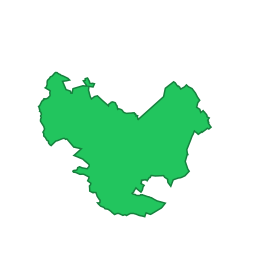 outline of Dikļu pag., Kocenu, Latvia, rotated 148°
{"feature_id": "27541924B58624620212136", "entity_name": "Dikļu pag.", "entity_type": "district", "adm_level": 2, "iso_a3": "LVA", "parent_name": "Latvia", "parent_adm1": "Kocenu", "projection": "orthographic", "projection_center": [25.062, 57.572], "detail": "fine", "context": "isolated", "style": "filled", "palette": "green", "viewbox_px": 256, "rotation_deg": 148, "n_neighbors": 0, "source": "geoboundaries", "source_scale": "gbopen_adm2", "svg_char_len": 5648}
<svg xmlns="http://www.w3.org/2000/svg" viewBox="0 0 256 256"><g transform="rotate(148 128 128)"><path d="M162.2,45.4L160.8,43.9L159.4,45.1L157.6,46.4L154.8,42.9L153.5,42.7L142.2,42.5L140.9,42.8L136.2,44.5L142.0,50.8L143.8,53.9L145.0,56.3L145.4,56.8L145.9,57.2L146.7,58.5L147.3,58.9L150.3,62.6L150.8,63.1L151.1,63.7L151.6,64.0L152.0,64.1L152.6,64.7L153.8,64.5L156.4,66.2L156.8,66.8L157.0,67.6L158.7,69.2L159.1,70.5L156.9,70.8L156.5,71.3L153.0,73.0L152.7,71.6L151.0,66.7L148.6,67.9L146.4,70.1L144.7,70.8L146.4,74.1L145.0,75.2L145.0,75.6L144.8,75.7L144.2,76.5L143.9,76.1L143.0,76.1L142.8,75.9L142.5,75.6L141.8,75.6L141.6,75.3L141.5,75.2L140.7,75.0L140.7,74.8L140.5,74.6L140.5,74.4L140.4,74.3L139.8,74.1L139.5,73.7L139.6,73.2L136.1,74.7L135.4,74.3L133.5,75.5L130.2,72.8L123.1,68.8L123.0,66.8L121.5,63.4L121.9,63.1L123.0,60.6L122.6,55.9L117.1,60.1L111.8,58.9L109.8,58.0L108.4,57.7L104.9,57.3L99.0,58.9L99.1,61.3L97.2,69.3L91.9,74.1L91.4,73.7L91.3,73.8L91.8,74.2L91.7,74.3L91.4,74.2L90.9,75.6L89.6,78.5L80.9,84.9L79.4,86.1L77.6,87.4L76.1,88.2L73.3,90.3L73.2,90.3L73.2,89.7L72.6,88.3L72.3,87.5L71.8,85.4L69.9,85.5L67.5,85.8L67.5,85.1L63.2,85.4L60.9,85.7L60.0,84.3L57.8,84.6L57.1,84.7L57.3,86.3L57.2,89.8L56.5,90.0L56.5,92.0L55.9,92.1L55.9,92.6L53.8,93.5L55.0,95.5L54.9,95.9L54.4,96.7L54.3,98.1L54.6,99.2L54.7,101.1L55.1,101.7L55.1,102.9L57.5,102.6L58.1,102.6L57.2,105.8L58.8,109.2L55.4,112.5L52.5,113.5L52.7,117.5L52.3,121.8L52.8,127.5L55.0,131.1L55.6,133.6L58.2,132.9L62.7,133.1L62.7,134.0L62.5,135.1L62.8,135.9L62.9,136.7L63.6,136.7L63.9,138.2L64.0,141.2L64.8,143.0L75.3,141.9L81.2,135.7L114.9,129.8L115.0,130.0L114.2,132.1L114.0,132.7L114.0,132.9L114.0,133.1L113.6,133.3L114.2,133.6L114.3,133.8L114.5,133.9L114.1,134.1L114.3,134.3L114.3,134.7L114.4,134.9L114.3,135.3L114.5,135.4L114.5,135.5L114.4,135.6L114.6,135.8L114.8,136.3L114.7,136.5L114.4,136.5L114.6,137.1L114.6,137.5L115.9,138.3L117.5,139.0L118.5,139.6L121.5,141.2L122.0,141.7L122.6,142.5L123.4,143.8L123.4,144.1L123.5,144.5L123.5,146.0L123.6,146.3L124.2,147.5L125.3,148.8L125.7,149.2L126.1,149.3L126.6,149.2L126.8,149.2L126.8,149.3L126.7,149.8L126.5,150.3L126.3,150.5L126.1,151.1L125.9,152.0L125.7,152.3L125.6,152.5L125.6,153.2L125.8,153.8L125.5,155.2L125.4,155.7L125.5,156.3L125.8,156.7L125.9,156.8L126.2,157.1L126.3,157.2L126.8,157.9L127.3,158.2L127.4,158.4L127.8,158.4L128.5,158.8L129.3,158.4L129.9,158.5L130.0,158.4L130.3,158.4L130.9,158.5L131.7,158.3L132.5,157.9L132.7,157.2L132.8,157.1L135.1,164.8L136.9,171.5L139.8,172.4L143.6,172.0L143.5,172.8L143.5,174.3L142.5,177.7L142.0,179.1L141.5,180.9L139.1,184.0L135.9,181.3L133.0,183.3L134.4,184.7L135.0,184.8L135.4,185.1L135.8,185.5L136.5,186.0L136.6,186.8L136.0,188.0L136.0,189.0L135.8,191.2L135.9,191.9L138.2,192.5L139.0,191.1L140.9,191.7L140.7,188.0L140.6,186.8L140.6,185.4L142.4,186.5L143.8,187.7L153.8,190.5L157.0,187.1L158.0,187.8L157.3,189.7L157.7,190.3L160.2,193.4L159.0,200.9L158.8,202.2L156.1,201.1L155.3,200.7L152.1,199.6L152.4,200.8L152.5,201.4L152.6,201.9L152.9,202.3L153.1,202.7L155.4,206.4L156.4,207.7L156.8,208.0L157.1,209.2L157.9,210.3L158.5,211.5L158.8,212.6L160.1,213.5L160.3,213.5L161.4,213.3L164.6,212.3L165.4,212.3L166.7,212.5L168.6,211.6L170.6,211.2L171.2,210.9L171.5,210.7L172.4,209.6L173.4,207.9L174.2,207.1L176.0,205.9L176.9,205.9L174.8,201.9L174.5,201.4L174.5,201.1L174.4,200.9L174.3,200.6L174.5,200.4L175.3,199.8L175.9,198.7L176.1,198.5L176.2,197.9L176.6,197.4L176.9,196.8L178.0,196.3L178.3,196.4L178.5,196.3L179.3,196.1L179.6,195.9L179.9,196.0L180.5,195.8L180.8,195.9L181.0,196.0L181.7,196.0L182.2,196.2L182.5,196.3L182.7,196.7L183.4,196.8L183.4,197.1L183.6,197.3L183.9,197.2L184.0,197.3L184.4,197.1L184.7,196.8L184.7,196.6L184.8,196.6L185.0,196.8L185.2,196.7L185.3,196.5L185.8,196.4L186.0,196.4L186.8,196.4L191.3,193.6L192.4,193.7L192.6,192.2L192.9,191.1L193.1,191.1L193.2,190.7L193.1,190.4L193.2,190.1L193.5,189.5L194.1,189.1L193.8,188.5L193.6,187.4L193.8,186.6L194.0,186.4L194.0,185.9L194.3,185.3L195.2,184.9L195.7,184.6L195.8,184.5L195.9,184.0L195.9,183.6L196.0,183.3L196.0,183.0L196.0,182.8L196.7,182.3L197.1,182.1L197.6,181.6L198.1,180.9L198.5,180.3L198.6,180.0L198.6,179.6L198.6,178.8L198.6,174.3L198.6,174.1L198.6,173.9L198.6,173.5L199.0,172.8L199.1,172.4L199.1,171.7L199.6,171.2L200.0,170.8L201.4,170.0L201.8,169.9L202.4,169.4L202.5,169.1L202.3,168.1L202.7,167.4L203.2,166.7L203.3,166.6L203.4,166.1L203.7,165.6L203.1,163.8L203.3,160.8L203.0,160.0L202.5,159.2L202.5,158.9L203.2,157.6L203.3,157.3L203.1,155.2L202.5,153.8L196.1,155.2L195.4,154.9L194.3,154.6L190.2,153.9L189.2,153.7L188.3,153.4L187.3,152.8L187.0,151.5L185.7,151.1L185.5,150.4L184.1,140.5L183.0,139.6L182.7,139.4L182.7,139.2L179.7,136.3L178.6,135.1L187.4,133.5L188.4,133.4L182.8,125.6L182.2,123.3L181.2,120.2L180.9,119.2L180.4,117.7L181.1,116.2L184.2,115.1L188.0,118.5L189.6,120.8L191.7,121.0L193.1,119.7L194.2,119.6L195.0,119.9L195.1,120.1L195.3,120.1L195.9,120.4L196.0,120.6L196.4,120.7L196.6,120.6L196.9,120.7L197.0,120.6L197.4,120.7L197.7,120.5L197.6,119.4L195.9,118.0L194.0,115.2L193.3,114.2L190.6,112.7L190.0,112.1L189.6,111.5L187.1,107.2L187.7,106.2L190.2,104.6L188.8,100.9L189.1,100.5L189.9,99.7L191.4,99.3L192.7,96.8L193.9,94.8L192.0,91.6L191.6,91.8L189.4,90.2L190.3,86.4L190.2,82.6L189.9,81.6L191.4,79.6L192.6,80.0L193.5,80.6L193.4,79.4L193.2,78.6L192.6,76.2L190.5,73.4L190.3,71.7L188.1,69.8L187.5,68.6L187.0,67.4L186.6,66.3L186.2,64.5L185.7,63.2L185.5,62.4L185.3,61.8L185.0,61.7L183.4,61.5L182.3,61.2L181.1,60.4L180.8,60.0L178.6,56.6L176.5,56.1L176.2,55.7L175.7,54.6L171.4,54.3L168.7,52.7L166.4,50.2L166.2,49.7L165.4,48.8L165.0,48.1L163.6,46.7L162.2,45.5L162.2,45.4Z" fill="#22c55e" stroke="#15803d" stroke-width="1.5"/></g></svg>